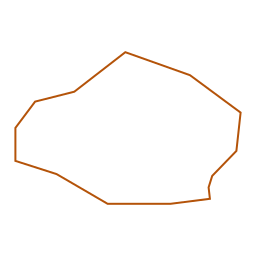 Tameside, orthographic projection
{"feature_id": "GBR-5682", "entity_name": "Tameside", "entity_type": "Metropolitan Borough", "adm_level": 1, "iso_a3": "GBR", "parent_name": "United Kingdom", "parent_adm1": "", "projection": "orthographic", "projection_center": [-2.094, 53.459], "detail": "fine", "context": "isolated", "style": "outline", "palette": "amber", "viewbox_px": 256, "rotation_deg": 0, "n_neighbors": 0, "source": "natural_earth", "source_scale": "10m", "svg_char_len": 298}
<svg xmlns="http://www.w3.org/2000/svg" viewBox="0 0 256 256"><path d="M125.3,52.2L190.0,75.2L240.6,112.6L236.4,150.9L212.2,175.9L208.6,187.4L209.9,198.8L170.5,203.8L107.6,203.8L56.6,174.1L15.4,160.9L15.4,127.9L35.1,101.6L74.3,91.7L125.3,52.2Z" fill="none" stroke="#b45309" stroke-width="2"/></svg>